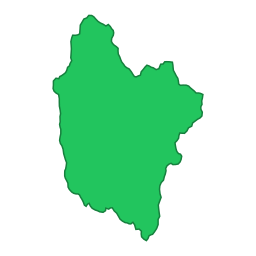 Passa Tempo, Minas Gerais, Brazil
{"feature_id": "56859067B23449152491676", "entity_name": "Passa Tempo", "entity_type": "district", "adm_level": 2, "iso_a3": "BRA", "parent_name": "Brazil", "parent_adm1": "Minas Gerais", "projection": "equal_earth", "projection_center": [-44.486, -20.65], "detail": "fine", "context": "isolated", "style": "filled", "palette": "green", "viewbox_px": 256, "rotation_deg": 0, "n_neighbors": 0, "source": "geoboundaries", "source_scale": "gbopen_adm2", "svg_char_len": 2769}
<svg xmlns="http://www.w3.org/2000/svg" viewBox="0 0 256 256"><path d="M59.6,124.3L60.1,127.1L60.8,129.3L60.8,133.7L60.1,136.9L59.6,140.3L60.4,143.5L61.9,145.7L63.1,149.2L63.7,153.7L64.7,157.1L65.4,159.5L66.6,162.7L66.2,166.0L65.7,168.8L64.8,170.8L64.7,173.2L64.7,175.9L65.3,178.1L66.5,180.3L67.9,183.1L68.1,187.1L69.4,189.5L71.7,192.0L73.7,193.3L76.0,193.9L77.9,193.9L79.5,194.9L80.6,197.2L82.0,199.4L83.3,202.0L84.4,205.1L86.1,206.3L87.5,204.2L89.1,203.3L90.3,206.0L92.2,208.3L95.2,210.0L97.4,210.7L99.7,211.8L103.1,212.3L105.5,210.7L105.8,208.2L108.7,209.1L110.4,207.9L112.3,207.8L114.2,210.9L116.7,213.2L118.5,216.3L120.1,219.2L122.3,221.0L125.1,222.6L127.3,222.9L129.0,223.8L130.9,223.9L132.9,222.3L134.6,224.8L135.9,229.4L139.2,229.1L141.4,231.2L141.2,233.9L141.6,236.8L143.8,239.1L146.4,240.6L147.9,238.7L149.1,235.7L150.9,234.8L152.6,234.3L154.5,231.8L156.6,228.6L158.1,224.6L158.1,219.4L159.7,216.3L159.1,212.3L158.6,208.2L158.3,205.0L159.5,201.6L161.1,197.3L160.0,193.7L159.5,189.4L159.8,185.8L161.2,182.6L163.5,180.1L164.3,176.7L165.3,174.0L166.0,170.8L165.7,168.4L167.0,165.8L169.2,164.0L171.1,163.3L172.8,164.6L175.6,164.5L178.2,164.0L180.1,161.9L181.1,159.4L181.7,156.2L180.5,154.2L178.5,153.6L176.8,151.4L175.9,148.4L175.3,145.0L175.0,142.7L177.0,140.6L178.6,138.2L178.9,135.5L179.8,133.0L181.6,133.2L184.5,133.3L186.9,131.0L188.5,127.8L191.7,126.2L192.6,123.0L195.0,121.2L197.5,119.3L200.1,117.9L201.9,116.0L202.3,112.2L200.9,109.3L200.8,106.7L202.0,104.4L201.7,100.9L202.4,98.1L202.9,94.5L200.5,93.4L198.7,93.0L196.1,93.0L194.0,90.8L191.9,89.1L190.1,87.6L188.7,86.1L186.4,85.2L183.2,85.1L180.3,85.3L178.7,84.0L178.4,81.2L177.8,78.3L176.3,76.0L175.0,73.4L173.4,70.4L173.1,67.8L172.9,65.2L172.4,62.2L169.6,61.8L166.8,61.7L164.7,61.8L163.1,64.0L160.7,64.2L159.8,66.4L158.9,68.7L156.1,69.6L153.3,67.8L151.1,67.2L149.2,66.0L146.9,65.2L145.1,67.0L143.5,69.1L141.2,71.8L140.4,75.2L138.3,75.9L136.1,76.9L134.4,76.5L132.9,74.4L131.6,72.2L130.3,70.4L129.0,68.8L127.0,67.9L125.0,66.4L123.6,64.3L121.8,62.1L120.7,59.6L119.8,57.0L118.3,54.1L118.0,51.0L118.1,48.3L116.3,46.6L114.1,45.1L112.4,43.3L111.4,41.3L111.7,38.3L113.3,35.3L113.7,32.8L113.2,30.4L111.6,28.7L110.3,26.5L108.3,24.5L105.9,26.0L103.1,24.2L100.4,23.0L97.9,21.3L95.8,19.1L93.8,16.8L91.7,15.5L88.8,15.4L86.8,17.9L83.9,19.0L82.0,22.3L80.3,25.1L80.1,28.5L79.9,31.2L79.7,33.8L77.8,34.9L75.4,35.3L72.7,35.2L71.7,38.0L70.9,41.6L71.2,45.5L71.4,49.0L71.2,52.0L71.0,55.1L70.8,57.8L71.7,60.7L70.1,63.5L69.4,65.9L67.6,67.3L66.8,70.2L65.6,72.6L63.5,74.3L61.5,75.7L59.8,76.5L58.8,78.7L56.0,78.2L53.4,81.0L53.4,85.2L53.1,88.6L54.1,91.2L56.0,93.0L58.6,94.5L59.3,98.6L59.3,102.1L59.4,106.2L60.2,110.3L60.6,113.7L60.0,116.6L60.1,119.3L60.2,121.9L59.6,124.3Z" fill="#22c55e" stroke="#15803d" stroke-width="1.5"/></svg>